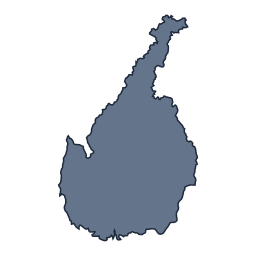 outline of Lagamar, Minas Gerais, Brazil
{"feature_id": "56859067B50516216236551", "entity_name": "Lagamar", "entity_type": "district", "adm_level": 2, "iso_a3": "BRA", "parent_name": "Brazil", "parent_adm1": "Minas Gerais", "projection": "robinson", "projection_center": [-46.726, -18.028], "detail": "fine", "context": "isolated", "style": "filled", "palette": "slate", "viewbox_px": 256, "rotation_deg": 0, "n_neighbors": 0, "source": "geoboundaries", "source_scale": "gbopen_adm2", "svg_char_len": 5807}
<svg xmlns="http://www.w3.org/2000/svg" viewBox="0 0 256 256"><path d="M69.5,218.5L69.9,220.4L71.4,221.2L71.4,222.8L71.5,224.2L73.9,223.5L76.1,226.9L77.0,227.7L79.0,229.0L79.0,226.7L79.5,225.5L80.6,225.2L83.9,227.7L84.9,228.5L86.1,229.2L88.2,228.3L88.7,230.4L89.5,231.7L90.8,232.0L92.4,232.0L93.6,231.7L95.0,231.9L94.1,233.4L92.0,234.9L92.5,236.1L96.2,236.3L99.1,236.1L99.1,237.4L99.5,238.6L102.2,239.9L104.4,240.6L106.4,240.4L107.2,239.2L106.7,237.7L109.4,237.3L110.6,236.5L111.2,235.2L112.1,235.9L112.6,237.5L113.0,238.8L113.7,237.4L114.3,235.6L114.8,233.4L115.9,234.6L116.2,235.9L116.6,237.7L117.2,239.3L118.4,239.9L119.4,239.8L120.8,239.5L120.2,238.5L119.0,237.7L118.8,235.7L119.9,234.8L121.3,235.2L123.6,236.7L124.3,235.7L127.0,235.7L127.8,234.9L128.2,233.5L129.3,233.0L130.5,233.0L131.5,232.0L132.6,231.7L133.8,232.4L135.6,232.9L136.9,232.8L138.1,233.4L138.8,234.3L142.1,234.6L143.2,233.8L145.4,232.6L145.7,230.4L146.5,229.2L148.0,229.3L152.0,228.7L154.1,228.9L155.3,229.4L156.3,230.6L157.6,232.6L158.7,233.7L160.1,234.2L162.1,233.8L163.3,233.1L164.3,231.7L166.0,229.1L168.4,225.9L169.9,223.1L171.1,222.4L173.8,222.4L175.3,221.9L176.5,221.1L177.0,220.1L176.9,218.6L176.4,215.6L176.4,212.9L178.4,209.2L178.5,207.2L178.1,205.7L178.0,204.5L178.3,203.0L178.9,201.6L181.5,199.0L182.2,197.5L183.0,194.5L183.6,191.2L184.7,189.6L184.9,188.6L184.7,187.3L186.9,186.0L190.4,184.9L195.0,185.1L195.2,183.9L195.2,182.2L195.7,181.0L195.7,179.5L195.4,178.1L194.7,177.2L193.9,175.7L193.8,174.4L194.4,173.3L194.9,171.5L194.9,169.7L195.4,168.2L195.6,166.2L196.0,164.8L197.2,164.2L196.6,162.0L195.7,160.5L196.3,159.1L197.1,158.2L197.3,157.1L197.0,155.6L196.3,154.5L196.3,153.3L195.9,152.2L195.7,149.9L195.4,148.6L194.6,146.7L193.2,146.3L192.4,144.9L192.7,143.3L192.0,142.2L191.1,141.4L190.0,141.1L189.2,141.8L188.3,141.4L186.9,140.7L186.4,138.7L186.9,136.8L185.9,135.2L185.7,133.9L184.7,133.1L184.3,131.5L184.3,129.9L184.7,128.8L183.7,128.2L182.9,126.5L182.1,125.2L179.7,122.6L178.9,121.4L178.0,120.7L177.4,119.8L177.3,118.3L176.5,116.8L175.4,116.0L176.5,113.4L177.3,112.1L177.7,110.8L177.6,109.2L177.0,108.0L176.6,106.6L176.1,105.6L175.1,105.0L174.1,105.9L172.6,106.7L172.0,105.8L171.9,104.3L172.8,102.2L172.3,100.5L172.0,98.8L171.2,98.2L170.2,97.8L169.0,97.6L167.6,97.1L166.2,97.1L165.3,96.4L164.1,96.0L162.9,97.5L160.7,98.1L160.1,99.6L159.0,99.2L158.6,97.5L157.7,97.0L156.7,98.2L155.4,98.8L154.2,98.2L154.0,96.9L152.5,96.3L153.3,95.1L154.6,94.2L153.9,93.3L154.8,92.5L155.6,91.3L154.7,91.0L153.7,91.1L152.6,90.5L152.1,89.0L151.2,87.5L152.5,86.4L153.9,85.6L152.9,84.4L152.9,83.0L153.6,82.0L154.0,80.0L155.2,79.2L155.2,77.8L156.1,77.1L155.8,75.1L154.8,73.8L154.5,72.4L153.9,71.4L154.8,70.4L155.1,69.3L155.1,67.8L156.3,66.3L157.4,65.7L158.6,65.7L161.7,66.9L163.1,66.8L163.9,65.7L164.0,64.3L163.3,63.2L163.3,62.0L163.8,60.6L165.1,59.4L165.5,57.9L165.5,56.3L166.5,54.8L166.8,53.7L167.7,53.0L168.2,50.7L168.4,47.3L168.2,45.7L167.2,44.7L167.4,43.1L168.3,42.3L168.7,41.0L169.6,39.7L170.4,39.2L170.4,38.0L169.9,36.9L170.5,35.6L172.3,35.3L170.8,32.3L171.8,31.7L172.8,32.0L173.8,33.0L175.1,32.4L176.3,32.6L177.7,32.5L178.7,32.7L178.4,31.2L179.0,29.9L180.5,29.1L182.5,29.0L182.8,27.3L184.5,27.6L186.3,27.5L187.7,26.8L187.2,25.9L186.5,24.9L185.7,24.2L184.9,21.1L186.2,20.1L185.5,19.3L184.8,18.1L183.7,18.3L182.5,18.2L181.3,19.5L178.2,20.8L177.1,21.1L175.6,20.4L174.5,19.4L173.3,18.8L172.1,19.0L171.5,17.2L172.4,16.4L171.1,15.7L170.5,16.8L169.5,17.5L168.5,17.7L168.4,16.4L167.4,15.4L165.8,15.4L164.9,16.6L163.1,16.9L162.3,18.3L162.4,19.7L163.4,20.0L164.1,20.9L164.5,22.1L163.2,22.6L160.7,24.2L159.8,23.7L159.0,24.6L157.5,28.9L156.5,29.4L155.5,30.2L154.7,29.2L153.4,28.5L152.6,29.2L151.6,29.2L151.6,30.7L150.6,32.0L149.7,32.7L149.6,34.0L153.9,36.2L155.1,37.0L156.1,38.0L155.9,39.3L156.5,40.7L157.7,41.8L157.1,43.4L155.9,42.4L154.7,42.6L153.6,43.0L153.8,44.7L152.2,45.0L150.7,45.1L149.7,46.7L149.6,48.0L150.2,49.3L149.4,50.2L148.4,50.7L147.9,51.8L148.1,53.2L146.9,53.5L144.1,55.4L143.4,56.6L144.3,57.3L143.8,58.3L142.0,58.6L140.4,58.3L139.2,58.7L137.8,59.4L137.3,61.2L136.7,62.8L136.0,62.0L136.0,65.0L135.6,66.1L134.0,66.4L133.0,66.8L132.9,68.3L133.5,69.4L133.5,71.3L132.2,72.4L132.7,73.6L132.1,75.2L130.3,74.6L128.7,75.0L128.2,76.6L127.3,76.9L126.8,78.0L125.7,78.2L124.6,81.6L125.3,82.4L126.8,85.2L126.2,86.7L125.3,87.6L122.8,87.9L122.8,89.6L121.4,92.2L121.1,93.4L120.0,94.4L119.0,95.1L118.3,96.4L118.3,97.9L118.1,99.0L117.2,99.6L116.9,101.0L115.6,102.0L114.4,102.1L113.9,103.4L112.8,104.8L111.5,104.8L110.4,104.6L109.1,103.4L107.9,104.1L107.8,105.4L106.5,106.1L106.2,108.0L105.0,109.4L103.6,109.4L102.4,109.7L102.8,111.3L102.1,114.3L100.8,115.1L99.7,115.0L99.0,116.0L98.5,117.1L97.5,117.4L96.7,117.9L95.6,118.9L95.2,120.8L95.5,122.8L93.3,124.6L91.8,128.4L91.5,129.9L91.6,131.1L90.8,133.6L89.9,134.7L88.5,135.5L87.4,136.5L86.5,137.8L87.2,139.5L87.5,140.9L87.6,142.6L88.5,143.8L89.2,145.0L89.5,146.2L90.8,148.2L91.3,149.5L93.2,150.8L93.7,151.9L93.0,153.3L90.6,154.3L90.7,156.0L90.1,157.1L89.0,157.8L88.1,158.1L86.9,157.9L85.9,157.0L86.3,155.6L86.0,153.9L85.0,152.1L84.4,150.6L83.6,149.3L83.2,146.5L79.4,144.7L75.9,144.5L74.5,144.3L73.7,143.6L73.3,142.1L72.7,140.6L71.8,139.5L70.9,138.5L69.5,138.2L69.0,136.9L68.3,135.8L67.5,136.8L67.2,138.3L66.5,139.9L66.8,141.2L67.7,142.6L67.8,144.2L67.1,146.6L67.0,150.2L66.5,151.5L65.8,154.3L63.5,158.3L63.6,161.7L62.6,164.9L62.7,166.5L62.3,168.1L61.5,169.2L60.8,172.2L60.9,173.9L61.4,175.0L61.3,177.5L60.9,181.1L60.5,182.6L59.6,184.0L58.7,184.8L59.1,186.4L60.0,187.5L60.5,188.8L60.6,190.1L60.4,192.6L59.8,194.2L59.8,195.8L60.8,195.1L61.8,193.9L64.7,195.7L65.0,197.6L65.6,198.9L65.9,201.8L65.6,203.7L65.1,205.1L64.5,206.3L64.3,207.9L64.6,209.1L65.5,211.3L66.7,212.2L69.5,218.5ZM114.8,233.4L114.0,231.7L114.5,230.3L115.0,231.7L114.8,233.4Z" fill="#64748b" stroke="#1e293b" stroke-width="1.5"/></svg>